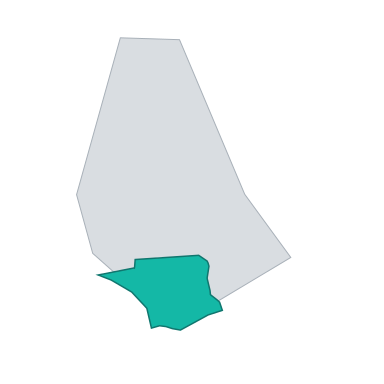 Christ Church on a map of Barbados (Albers equal-area conic projection), rotated 17°
{"feature_id": "BRB-1989", "entity_name": "Christ Church", "entity_type": "Parish", "adm_level": 1, "iso_a3": "BRB", "parent_name": "Barbados", "parent_adm1": "", "projection": "albers", "projection_center": [-59.519, 13.09], "detail": "fine", "context": "in_parent", "style": "filled", "palette": "teal", "viewbox_px": 384, "rotation_deg": 17, "n_neighbors": 0, "source": "natural_earth", "source_scale": "10m", "svg_char_len": 684}
<svg xmlns="http://www.w3.org/2000/svg" viewBox="0 0 384 384"><g transform="rotate(17 192 192)"><path d="M237.5,301.1L207.8,322.2L115.0,279.7L82.4,228.3L78.4,65.5L135.5,50.0L243.1,178.8L305.6,225.7L237.5,301.1Z" fill="#d9dde1" stroke="#a8b0b8" stroke-width="1"/><path d="M255.6,296.3L243.4,304.8L221.3,327.4L213.2,328.4L206.5,328.3L200.1,329.4L193.0,334.0L182.8,316.4L163.6,305.3L140.3,299.8L126.5,298.8L158.6,281.7L159.1,281.7L159.0,280.3L157.4,273.2L216.9,250.6L226.6,253.6L228.1,255.2L229.9,258.0L231.6,269.6L231.9,270.5L238.0,280.9L239.3,283.9L239.3,284.3L240.3,285.1L242.0,285.7L247.9,288.0L250.6,289.3L255.6,296.3Z" fill="#14b8a6" stroke="#0f766e" stroke-width="1.5"/></g></svg>